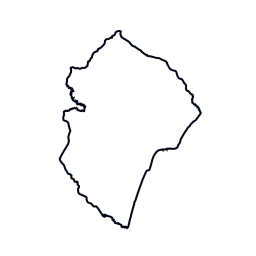 the district of Uato-Lari, Viqueque, East Timor, rotated 344°
{"feature_id": "22284137B41938791268987", "entity_name": "Uato-Lari", "entity_type": "district", "adm_level": 2, "iso_a3": "TLS", "parent_name": "East Timor", "parent_adm1": "Viqueque", "projection": "robinson", "projection_center": [126.552, -8.764], "detail": "fine", "context": "isolated", "style": "outline", "palette": "ink", "viewbox_px": 256, "rotation_deg": 344, "n_neighbors": 0, "source": "geoboundaries", "source_scale": "gbopen_adm2", "svg_char_len": 5632}
<svg xmlns="http://www.w3.org/2000/svg" viewBox="0 0 256 256"><g transform="rotate(344 128 128)"><path d="M147.7,33.2L146.8,32.5L146.5,32.3L145.0,32.1L143.9,32.2L142.5,32.7L141.7,33.8L140.6,34.9L139.2,35.2L138.5,35.2L137.9,35.5L137.6,36.7L137.3,36.9L136.0,36.3L134.8,36.9L134.1,37.1L131.8,36.7L131.3,36.8L129.9,37.9L129.2,39.7L128.0,41.1L124.6,43.1L122.9,43.6L122.5,43.5L121.6,44.0L120.8,44.0L120.5,44.3L119.9,45.6L119.0,45.7L118.2,45.7L117.8,45.9L116.6,46.0L115.4,46.5L113.3,48.9L112.8,50.2L111.3,50.9L109.5,53.1L109.0,53.2L108.7,53.0L108.3,53.0L107.7,53.4L107.1,55.3L106.4,56.2L106.1,57.2L104.7,57.6L104.3,58.0L102.9,58.3L102.1,58.0L100.5,57.6L99.8,57.8L98.3,57.9L95.3,56.2L94.2,56.3L93.0,55.5L92.4,54.7L92.1,54.5L91.1,54.2L90.1,54.5L89.6,54.4L89.3,55.1L89.4,56.6L88.4,59.0L87.0,60.4L85.8,62.0L83.9,63.0L83.0,64.1L82.8,64.4L82.2,66.4L80.8,68.9L81.4,69.7L81.1,70.9L81.8,70.9L82.0,71.3L82.2,73.3L82.6,73.4L82.9,73.3L83.2,73.1L83.4,73.2L83.8,73.6L83.9,74.8L84.5,74.9L84.9,74.6L85.1,75.8L85.4,75.9L85.4,76.3L85.0,77.1L85.4,77.5L85.0,77.6L84.5,77.4L83.9,77.0L83.4,77.2L83.1,77.5L83.0,77.9L83.2,78.7L82.2,79.0L82.0,79.4L82.2,79.8L82.7,80.2L82.1,80.8L82.6,82.4L82.6,82.8L82.2,83.7L82.6,84.3L82.9,84.4L83.7,84.3L83.4,84.7L82.6,85.0L82.6,85.8L83.2,86.9L83.9,87.1L84.4,86.9L84.7,87.0L84.3,87.8L84.5,88.2L85.1,88.9L85.5,89.0L85.7,88.8L86.0,88.2L86.3,88.0L86.6,88.1L86.6,88.5L85.7,90.5L85.7,90.9L85.9,91.2L87.0,91.1L87.4,91.8L87.9,92.0L88.3,91.9L88.7,91.3L89.2,91.5L89.4,91.7L89.4,92.0L89.1,92.3L89.2,93.2L90.3,93.6L90.6,93.3L90.7,92.8L91.8,93.4L92.1,94.1L91.6,94.9L91.5,95.3L92.0,95.6L92.6,95.4L92.8,95.5L92.8,95.8L92.0,96.4L91.4,97.5L90.5,99.7L90.2,99.7L88.6,98.3L87.8,98.9L87.1,98.6L86.0,97.7L84.8,97.1L84.4,96.7L84.6,95.8L84.0,94.5L83.0,94.8L82.0,94.0L81.0,94.2L80.6,94.2L80.3,93.9L79.7,93.9L78.8,94.4L78.0,93.9L76.3,95.0L75.9,95.0L75.6,94.7L75.2,94.6L74.6,95.0L74.2,94.9L72.8,94.1L72.5,94.5L71.1,94.5L70.8,94.8L70.4,96.0L70.3,97.5L68.9,99.6L68.6,100.3L68.3,101.6L68.2,102.5L69.0,103.4L70.4,104.3L71.1,105.0L71.9,106.3L72.0,106.8L71.8,108.7L71.6,112.1L71.8,114.4L71.7,115.0L69.5,117.9L68.3,119.9L67.9,121.1L67.9,123.0L67.7,123.8L67.3,124.8L66.0,126.9L60.1,132.4L56.0,136.4L53.9,138.7L53.9,140.2L54.2,141.9L56.3,146.5L56.4,150.5L57.0,152.0L57.6,154.8L57.8,155.3L59.8,156.8L60.6,158.0L60.0,159.1L60.1,159.5L59.8,160.5L59.8,160.8L61.6,162.1L61.7,162.4L61.9,164.3L62.0,164.8L62.3,165.1L62.8,165.3L63.5,165.2L64.1,165.5L64.6,166.0L64.1,166.5L64.3,167.5L64.0,168.2L64.5,169.7L64.9,170.2L64.7,171.3L63.3,172.6L63.1,173.2L62.5,175.9L62.8,177.5L63.5,178.3L65.9,180.2L68.8,182.7L69.0,183.5L68.5,185.2L68.5,186.0L68.6,187.5L68.8,187.9L69.3,188.8L69.7,189.2L71.6,190.3L71.9,190.8L72.7,192.5L73.1,193.6L74.1,194.2L74.5,194.4L75.6,194.4L76.0,194.8L77.3,197.6L77.6,199.0L79.5,204.8L79.8,205.9L80.4,206.3L81.3,204.8L81.6,205.0L81.7,205.4L81.4,206.3L81.5,206.6L81.8,206.3L82.0,205.6L82.5,205.5L82.9,205.6L83.5,206.4L83.4,206.7L83.6,206.9L84.2,206.9L86.8,208.5L87.1,209.0L88.0,209.8L87.8,211.6L88.3,211.6L88.8,211.8L89.1,212.2L88.9,212.6L88.4,212.8L88.5,213.3L88.9,213.3L88.9,213.8L89.1,214.1L89.6,214.4L89.7,214.7L89.5,215.3L89.3,215.6L89.6,215.9L90.1,215.9L91.1,216.7L91.7,216.7L92.0,216.9L92.0,217.3L92.3,217.5L92.7,217.1L93.1,217.6L93.1,218.0L93.6,218.2L94.1,218.8L94.8,219.2L94.9,219.6L94.8,220.3L94.6,220.7L94.8,221.4L95.6,221.9L96.2,221.5L96.6,221.6L96.8,221.8L97.1,222.6L97.5,222.7L97.6,222.2L98.0,222.1L98.9,222.4L99.3,222.8L99.5,223.9L100.7,223.3L101.2,222.7L105.1,215.7L106.2,214.2L106.9,212.6L111.6,204.9L112.6,203.6L112.9,202.6L113.7,201.5L113.9,200.8L114.3,200.6L115.2,199.7L116.3,197.9L117.8,195.8L119.5,193.2L127.9,181.5L133.4,174.9L134.0,174.4L134.6,174.2L136.4,174.3L136.9,174.1L137.5,173.6L138.1,172.5L139.3,170.8L143.0,164.6L145.3,161.7L146.6,160.5L149.1,158.7L150.6,158.0L153.0,157.9L153.6,158.1L154.9,158.0L155.1,158.1L155.3,158.6L155.4,158.4L155.6,158.3L156.8,158.6L157.0,158.8L157.8,158.7L159.2,158.9L159.3,159.1L159.4,158.8L159.7,158.6L160.7,159.0L162.0,159.1L162.4,159.5L163.9,159.7L164.9,160.3L166.6,160.7L167.8,160.8L168.5,160.6L169.1,160.7L169.5,160.5L170.2,160.1L171.1,158.9L171.5,158.6L171.5,158.2L171.9,157.8L173.0,157.2L173.5,156.7L174.4,155.5L175.6,153.4L177.3,151.7L181.6,147.6L183.5,146.2L185.0,144.8L185.9,144.0L187.4,143.5L189.2,141.9L192.2,140.0L194.0,139.6L195.4,139.0L197.6,137.3L198.2,137.0L198.7,136.5L201.7,134.2L202.1,133.4L202.1,132.8L201.8,132.5L201.6,131.9L201.8,131.1L201.8,130.7L201.6,130.4L201.2,130.0L201.6,129.4L201.4,128.7L201.4,128.3L201.3,128.0L200.8,127.7L201.0,127.4L201.1,127.0L201.0,126.8L200.3,126.7L200.3,126.1L200.0,125.4L199.2,125.1L199.3,124.0L198.9,123.7L198.3,123.7L197.9,123.3L197.4,122.0L196.8,121.4L196.9,120.6L197.1,120.4L197.3,119.7L197.3,118.2L198.2,117.5L198.6,116.5L198.8,116.2L199.1,116.0L199.3,115.6L199.0,114.7L199.3,114.4L199.2,114.0L198.7,113.2L198.2,113.0L197.8,112.4L197.4,111.9L197.2,111.2L196.7,110.1L196.2,109.2L195.1,108.5L194.6,107.5L194.5,106.2L194.9,105.0L195.5,103.8L195.5,102.9L194.8,100.9L194.1,99.8L194.2,99.5L194.2,99.0L193.4,96.3L192.8,95.7L190.9,94.5L190.3,93.5L190.1,92.7L189.8,90.7L189.9,87.7L189.7,86.8L189.4,86.4L188.4,85.7L186.7,84.8L186.1,84.3L184.8,82.9L184.3,81.6L183.9,79.6L183.4,77.8L183.3,77.0L183.6,76.3L183.3,75.9L183.0,74.9L182.6,74.2L179.4,71.6L177.3,69.5L174.3,68.3L170.3,65.8L166.8,64.1L166.5,63.8L166.4,63.2L166.0,63.4L162.9,59.5L162.1,58.3L161.6,57.0L161.3,56.6L159.5,55.0L159.1,54.3L157.4,52.4L157.0,51.7L155.2,50.4L154.5,49.6L153.9,48.3L153.4,47.0L153.2,46.6L152.8,45.7L151.8,44.3L150.7,43.3L149.7,42.0L148.8,41.3L147.3,39.5L147.0,38.8L146.6,37.8L146.6,35.3L146.9,34.6L147.7,33.2Z" fill="none" stroke="#020617" stroke-width="2"/></g></svg>